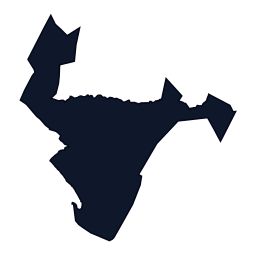 San Agustín Chayuco, Oaxaca, Mexico
{"feature_id": "50627088B20812688869072", "entity_name": "San Agustín Chayuco", "entity_type": "district", "adm_level": 2, "iso_a3": "MEX", "parent_name": "Mexico", "parent_adm1": "Oaxaca", "projection": "orthographic", "projection_center": [-97.81, 16.455], "detail": "fine", "context": "isolated", "style": "filled", "palette": "ink", "viewbox_px": 256, "rotation_deg": 0, "n_neighbors": 0, "source": "geoboundaries", "source_scale": "gbopen_adm2", "svg_char_len": 3350}
<svg xmlns="http://www.w3.org/2000/svg" viewBox="0 0 256 256"><path d="M45.5,125.2L49.3,128.1L49.6,128.3L49.6,129.4L54.2,130.7L56.3,131.5L58.0,132.8L59.2,134.0L60.9,135.6L60.2,136.9L59.4,138.7L60.8,140.6L62.8,141.9L64.8,144.2L68.0,145.3L68.2,145.6L68.5,146.2L68.5,146.4L65.1,147.7L64.6,149.9L60.8,150.4L59.0,151.4L57.7,153.8L57.1,153.9L56.9,154.1L55.2,155.3L51.9,158.3L50.6,159.8L50.1,160.8L51.6,162.1L54.1,165.0L54.9,165.8L55.0,166.3L57.3,168.5L57.4,169.0L59.4,170.7L59.8,171.1L61.1,173.0L61.4,173.4L62.2,174.2L63.5,175.6L64.5,177.3L65.7,178.8L66.4,180.6L66.6,181.0L70.9,184.7L71.7,185.4L71.7,185.9L72.0,186.2L72.5,186.2L73.2,187.0L73.3,187.5L73.9,188.3L75.1,189.8L75.3,190.7L77.9,194.9L78.6,196.2L79.9,198.8L81.0,200.4L80.9,201.4L81.3,201.7L81.6,201.7L82.2,202.7L82.4,203.9L81.9,207.1L81.7,208.3L81.1,208.9L79.1,209.7L76.8,208.2L76.5,205.7L76.3,205.4L75.9,204.6L74.8,203.6L73.5,202.9L72.4,202.6L72.1,203.9L72.7,204.0L73.7,204.4L73.7,205.0L74.2,208.8L75.7,220.8L79.0,224.6L81.0,226.0L82.7,227.3L83.5,227.8L84.9,228.8L85.1,228.9L90.3,232.4L90.7,232.7L109.5,240.6L112.3,239.1L113.7,237.7L118.1,230.1L132.4,204.6L140.1,185.0L141.5,176.2L138.5,174.6L156.7,143.5L178.0,120.9L187.2,119.9L189.0,119.7L205.7,117.8L207.7,117.7L211.7,124.9L213.6,128.3L220.5,141.2L224.0,134.4L235.6,111.5L233.0,111.7L229.9,105.4L229.2,105.0L228.5,104.7L219.6,100.0L208.7,94.3L208.6,95.3L208.0,96.4L207.1,98.9L206.6,100.8L203.1,103.7L202.4,105.5L200.1,106.0L197.3,105.5L196.0,107.6L193.2,107.9L190.7,108.4L190.6,109.1L190.1,109.8L188.1,107.0L185.6,103.5L183.5,103.1L182.9,102.4L181.9,102.0L180.4,101.6L178.6,100.7L181.8,95.9L166.1,78.6L161.6,99.7L160.2,99.4L159.5,99.7L159.4,100.3L159.1,100.4L156.2,101.0L155.8,100.9L155.5,101.1L154.6,102.1L154.3,102.2L153.6,102.5L153.1,102.5L152.0,102.3L151.5,101.9L150.9,101.5L150.3,101.5L150.0,101.5L149.8,101.6L149.3,102.3L149.1,103.3L148.1,102.9L144.5,102.9L141.0,103.0L140.3,103.2L139.5,103.8L139.1,104.0L134.4,102.5L130.6,102.6L129.8,102.3L129.5,101.5L129.6,101.1L129.4,100.7L129.3,100.4L128.6,100.3L126.8,101.2L124.6,102.1L123.8,102.2L123.4,102.2L123.2,102.1L120.9,100.1L118.2,99.2L117.6,98.8L116.3,98.4L113.8,98.8L113.6,98.6L112.2,97.8L111.2,97.6L109.8,97.5L109.2,97.7L108.2,98.9L107.8,98.9L106.4,98.3L106.3,98.1L105.2,97.5L105.0,97.3L104.5,97.2L104.2,97.1L103.1,97.4L102.7,97.3L101.6,96.1L100.9,95.4L99.8,95.2L98.5,95.2L97.9,95.5L97.7,95.6L97.3,95.9L97.2,96.0L96.7,96.4L96.6,96.5L95.9,97.4L95.2,97.9L94.3,98.3L93.9,98.4L93.6,98.3L93.1,97.9L92.1,95.9L91.6,95.6L90.4,95.7L89.4,96.6L89.0,96.8L88.5,95.7L88.0,95.0L87.7,95.0L85.1,96.9L84.3,96.8L83.2,96.8L81.4,96.1L80.9,96.0L79.6,96.3L79.4,96.5L77.3,97.6L76.6,97.8L75.9,97.9L75.1,98.1L74.6,98.2L74.0,98.2L73.8,98.0L73.8,97.9L73.7,97.8L73.6,97.7L73.1,97.4L72.0,96.9L71.5,96.5L71.4,96.5L70.3,96.4L70.2,96.9L70.1,97.2L70.2,97.3L69.9,97.8L69.5,98.5L69.4,98.6L69.2,98.8L68.3,99.3L67.0,100.2L66.3,101.0L65.8,101.2L64.6,101.8L64.2,101.0L63.1,100.3L61.4,100.4L59.8,100.6L59.6,100.7L59.0,101.0L50.9,98.2L55.9,93.5L58.4,83.6L59.1,76.7L59.6,64.8L74.3,61.2L75.9,44.9L79.6,27.8L67.1,35.7L60.7,29.3L55.2,24.3L50.8,15.4L43.4,29.3L39.2,37.6L28.0,59.4L34.2,69.4L35.1,72.5L33.8,73.8L32.4,75.7L24.8,90.1L20.4,100.2L25.0,103.2L26.8,104.6L28.9,107.1L29.6,107.9L29.7,108.0L30.1,108.5L32.1,110.9L33.9,113.0L35.9,115.3L37.1,116.6L40.3,119.2L45.5,125.2Z" fill="#0f172a" stroke="#020617" stroke-width="1.5"/></svg>